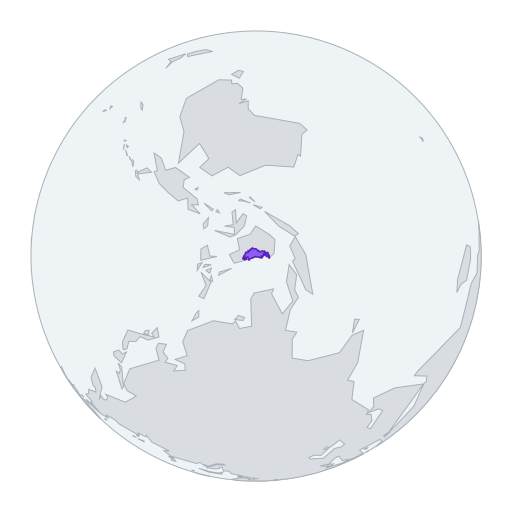 globe centered on Sarawak, rotated 205°
{"feature_id": "MYS-1187", "entity_name": "Sarawak", "entity_type": "State", "adm_level": 1, "iso_a3": "MYS", "parent_name": "Malaysia", "parent_adm1": "", "projection": "orthographic", "projection_center": [112.841, 2.907], "detail": "fine", "context": "on_globe", "style": "filled", "palette": "violet", "viewbox_px": 512, "rotation_deg": 205, "n_neighbors": 0, "source": "natural_earth", "source_scale": "10m", "svg_char_len": 11744}
<svg xmlns="http://www.w3.org/2000/svg" viewBox="0 0 512 512"><g transform="rotate(205 256 256)"><circle cx="256" cy="256" r="225" fill="#eef3f6" stroke="#a8b0b8"/><path d="M455.5,322.5L455.2,324.1L455.0,324.4L455.5,322.5ZM366.5,59.7L382.0,69.6L386.0,73.9L376.8,66.2L372.3,63.3L372.7,64.3L368.2,61.7L365.8,61.0L360.3,58.0L355.4,54.5L351.8,52.7L352.3,53.7L347.1,51.9L346.9,50.6L337.9,47.6L328.0,42.8L329.5,43.1L348.4,50.5L366.5,59.7ZM466.3,175.2L466.9,176.8L466.4,175.6L466.3,175.2ZM466.0,174.6L466.2,175.0L466.0,174.6ZM465.8,174.4L465.9,174.5L465.8,174.4ZM464.9,172.6L464.6,172.0L464.4,171.3L464.9,172.6ZM376.7,65.8L378.6,67.0L377.1,66.1L376.4,65.6L376.7,65.8ZM366.4,61.4L368.1,62.5L366.1,61.8L366.4,61.4ZM356.0,56.7L352.3,55.4L355.2,56.0L356.0,56.7ZM349.6,54.3L340.9,52.0L343.8,54.0L330.5,47.6L342.4,51.3L345.5,51.5L346.3,52.6L349.6,54.3ZM324.6,44.8L321.7,44.0L323.8,44.2L324.6,44.8ZM65.7,135.5L66.8,133.8L63.7,141.6L66.3,142.1L80.1,123.8L75.9,122.4L82.4,113.5L91.5,107.0L96.3,109.6L99.0,106.3L102.0,98.2L109.2,92.9L103.8,95.1L101.4,98.5L97.9,100.3L99.8,97.3L102.3,95.4L102.6,93.7L90.7,104.5L87.0,109.1L84.1,110.6L77.7,118.7L74.7,122.4L81.0,114.2L94.5,99.0L109.2,85.1L125.2,72.6L127.4,71.1L134.7,66.3L133.4,67.4L140.6,62.8L144.1,61.7L145.9,59.6L154.4,55.1L161.3,52.1L164.4,50.5L153.2,55.5L150.3,57.1L173.5,46.4L178.4,44.6L183.7,43.4L174.0,49.6L167.7,51.7L168.1,50.3L159.7,55.3L164.3,53.0L163.2,54.3L171.1,51.2L170.8,52.0L179.0,48.0L179.4,48.7L174.2,51.2L186.3,48.3L189.5,49.5L192.4,48.6L194.6,47.2L197.3,50.3L199.3,49.5L199.2,48.1L203.2,45.8L211.3,43.2L211.7,44.4L208.9,45.5L203.6,50.1L196.0,53.4L197.0,53.7L203.8,51.2L210.2,45.5L214.9,43.7L212.7,46.0L213.9,45.0L216.4,44.5L219.3,45.4L222.1,42.8L248.9,38.6L257.2,40.6L252.3,42.6L271.6,43.3L279.5,47.1L279.3,45.6L288.5,45.9L286.2,44.6L286.8,44.0L309.3,46.0L314.9,48.0L324.4,48.7L324.4,48.1L320.8,46.5L330.5,47.6L343.8,54.0L343.2,54.8L351.9,58.9L349.4,60.6L351.3,64.5L343.5,65.0L345.7,68.6L348.9,69.9L354.3,76.3L354.4,86.3L340.3,72.4L337.4,59.6L337.4,63.9L333.2,61.5L330.7,62.3L331.0,65.9L333.6,67.2L312.8,68.2L305.3,78.4L316.0,79.5L321.9,84.3L322.7,100.4L299.9,120.6L307.6,130.0L307.6,135.7L299.9,138.1L299.6,129.8L292.5,125.9L293.5,121.3L281.0,123.5L282.0,117.1L271.8,122.6L274.9,128.2L285.6,128.1L276.3,136.6L286.2,147.4L286.5,159.5L267.1,179.4L248.5,184.5L247.2,188.5L240.2,183.3L230.3,190.6L242.6,214.9L242.0,221.7L226.2,233.6L226.0,228.4L207.7,214.7L203.6,230.8L217.5,245.5L222.3,262.2L211.3,256.3L206.6,241.7L200.1,236.4L202.3,222.2L197.8,201.0L186.8,204.2L188.0,196.0L180.1,178.7L164.6,183.1L139.5,203.6L135.4,225.0L127.1,234.1L118.8,202.5L120.5,182.2L114.1,183.7L108.5,166.5L88.9,164.1L89.1,159.0L84.8,161.1L81.3,155.7L82.9,147.5L79.3,147.8L75.9,169.5L80.1,169.4L87.8,161.6L85.7,169.4L89.5,176.9L74.4,195.2L50.3,210.7L53.1,194.8L61.4,152.2L64.0,147.8L64.3,147.3L64.7,146.4L60.2,153.5L63.3,145.7L53.4,174.3L49.4,186.9L49.9,211.6L48.6,214.0L50.3,219.4L61.9,214.4L60.9,219.8L52.2,244.2L40.6,277.6L45.1,301.4L49.3,321.7L48.6,334.4L55.4,350.2L56.0,355.4L60.4,364.3L64.7,373.6L69.4,382.1L60.7,368.3L53.1,353.9L46.5,338.9L41.1,323.6L36.8,307.8L33.6,291.8L31.6,275.6L30.7,259.4L31.1,243.0L32.6,226.8L35.3,210.7L39.2,194.9L44.2,179.4L50.3,164.2L57.4,149.6L65.7,135.5ZM147.2,58.7L143.9,60.6L140.6,62.5L147.2,58.7ZM96.0,122.8L102.3,124.7L108.6,113.1L111.5,113.1L112.6,109.4L109.0,112.3L112.9,102.7L118.9,100.2L122.9,95.8L120.9,95.0L109.3,101.3L103.6,114.6L98.3,118.9L96.0,122.8ZM204.8,36.7L207.4,36.1L208.6,35.8L216.5,34.2L217.3,34.2L212.9,35.1L204.8,36.7ZM76.8,126.7L73.4,130.0L74.2,128.1L75.2,127.3L76.8,126.7ZM73.1,124.8L71.8,127.5L72.1,126.2L73.1,124.8ZM207.0,36.4L210.2,35.6L208.6,36.1L207.0,36.4ZM218.3,34.2L217.2,34.5L218.3,34.0L218.3,34.2ZM152.7,430.3L157.5,433.1L154.8,433.1L152.7,430.3ZM63.4,320.2L69.8,355.1L65.6,354.8L60.3,344.2L54.9,322.9L58.2,317.3L58.6,307.9L63.4,320.2ZM279.7,304.6L286.6,306.1L286.4,307.1L279.7,304.6ZM272.5,300.4L280.4,301.3L271.1,302.6L272.5,300.4ZM283.5,301.7L291.5,300.3L295.0,298.8L294.4,301.0L283.5,301.7ZM267.1,300.0L238.2,297.7L226.9,294.1L229.5,290.4L247.9,292.7L267.1,300.0ZM228.6,290.2L211.4,278.2L188.4,245.4L196.6,246.4L220.8,266.9L219.2,270.1L229.6,279.3L228.6,290.2ZM270.6,273.2L269.0,283.1L253.0,281.1L245.7,278.9L240.7,265.8L243.5,259.5L249.4,260.1L272.7,240.2L280.8,246.1L273.5,254.7L280.2,263.8L270.6,273.2ZM136.1,227.1L140.0,240.3L135.6,242.2L136.1,227.1ZM282.4,225.9L272.8,234.5L281.7,222.8L282.4,225.9ZM287.8,214.7L288.2,219.5L284.5,214.6L287.8,214.7ZM246.7,194.8L240.4,195.4L240.4,192.1L248.4,189.5L246.7,194.8ZM286.6,170.1L286.1,179.3L284.7,182.3L282.1,176.5L286.6,170.1ZM218.3,39.4L206.5,41.2L198.5,43.4L194.8,45.8L194.9,43.7L207.2,40.2L218.3,39.4ZM245.1,38.3L248.2,37.0L250.3,37.6L249.8,38.0L245.1,38.3ZM244.6,37.5L242.0,36.0L246.0,35.3L247.2,36.6L244.6,37.5ZM224.1,34.9L220.5,35.3L221.9,34.7L224.1,34.9ZM402.2,407.9L403.5,410.0L397.0,416.0L388.6,421.8L381.8,423.1L402.2,407.9ZM345.4,417.9L346.3,410.1L354.8,410.3L350.3,416.9L345.4,417.9ZM408.0,403.4L413.8,396.9L417.1,388.0L415.1,396.3L418.4,397.3L405.1,409.6L408.0,403.4ZM316.9,382.8L272.7,394.6L263.1,391.9L265.8,385.6L257.8,365.3L260.9,365.9L259.3,352.6L285.6,342.4L304.5,322.1L318.8,324.7L329.8,310.0L344.4,312.5L339.8,324.4L354.7,334.1L365.6,307.4L373.7,338.1L383.9,350.1L385.7,369.6L364.1,400.0L352.5,405.1L350.7,401.8L345.8,404.7L338.8,402.5L335.6,391.6L330.8,394.4L335.8,386.9L328.6,393.3L325.3,386.2L316.9,382.8ZM420.8,340.1L422.7,341.2L425.4,347.0L422.4,345.6L420.8,340.1ZM450.6,327.8L451.1,330.6L449.3,330.8L450.6,327.8ZM455.0,324.4L452.8,324.9L455.5,322.5L455.0,324.4ZM432.1,324.0L433.0,326.1L432.1,326.6L432.1,324.0ZM431.4,323.2L432.7,320.4L432.4,323.4L431.4,323.2ZM422.6,305.6L423.9,304.3L424.4,305.5L422.6,305.6ZM296.9,307.0L306.5,300.0L311.8,299.8L296.9,307.0ZM421.0,302.1L417.9,301.4L418.3,299.8L421.0,302.1ZM421.3,298.4L421.0,296.2L422.8,301.7L421.3,298.4ZM415.4,292.6L419.1,297.1L415.0,293.0L415.4,292.6ZM413.2,292.8L410.4,290.7L410.6,290.1L413.2,292.8ZM381.5,291.7L391.9,306.2L383.4,304.8L374.0,295.5L366.4,302.2L349.4,299.2L353.3,294.9L351.1,287.4L333.4,282.8L329.8,277.9L336.1,275.4L324.4,270.6L337.3,269.7L342.5,279.7L349.7,273.1L362.2,276.3L374.3,280.8L383.9,289.2L381.5,291.7ZM337.3,290.7L339.5,290.9L337.5,293.6L337.3,290.7ZM405.2,284.7L409.2,289.9L408.7,291.0L406.7,290.0L405.2,284.7ZM386.1,287.8L396.5,281.2L398.9,281.7L392.0,289.8L386.1,287.8ZM394.0,275.8L398.8,277.5L401.3,282.3L400.3,283.4L394.0,275.8ZM311.0,279.3L310.5,281.9L307.2,279.6L311.0,279.3ZM315.4,278.2L325.4,282.0L314.4,280.3L315.4,278.2ZM284.8,266.4L287.7,272.8L297.1,269.7L289.9,274.8L296.3,285.6L294.1,289.3L287.8,277.6L285.6,288.9L281.5,288.4L279.2,278.3L283.4,266.7L287.5,262.2L304.4,261.6L284.8,266.4ZM315.3,270.6L312.6,263.1L314.6,258.5L317.5,262.5L315.3,270.6ZM304.7,245.2L297.7,236.5L291.3,239.0L304.3,228.8L308.9,238.9L304.7,245.2ZM298.8,226.9L292.8,229.1L299.1,223.2L298.8,226.9ZM291.3,226.3L290.6,220.7L295.4,221.8L291.3,226.3ZM302.0,227.4L303.2,218.1L305.5,223.8L302.0,227.4ZM288.8,208.2L298.9,218.1L285.6,213.1L285.3,195.3L290.9,195.4L288.8,208.2ZM321.4,143.5L320.1,138.9L325.2,138.5L324.7,141.7L321.4,143.5ZM340.8,134.8L326.2,137.0L314.2,139.6L317.9,142.0L315.2,149.3L309.7,141.6L318.1,134.3L327.2,133.8L328.6,128.0L335.2,124.8L333.8,117.4L336.7,114.8L340.8,121.6L340.8,134.8ZM332.8,114.3L332.8,102.4L342.5,105.5L344.6,108.8L340.6,112.8L335.7,110.8L332.8,114.3ZM335.6,100.6L330.9,98.8L320.9,81.6L321.3,78.9L333.9,92.6L330.2,91.8L330.9,95.8L335.6,100.6ZM322.6,44.7L321.8,44.0L324.2,44.9L322.6,44.7ZM285.3,43.3L286.6,42.7L289.3,43.4L285.3,43.3ZM291.6,41.4L287.6,40.9L291.6,40.9L291.6,41.4ZM278.8,40.3L286.0,40.5L279.4,41.1L278.8,40.3Z" fill="#d9dde1" stroke="#a8b0b8" stroke-width="1"/><path d="M265.8,250.5L265.9,250.4L265.6,250.0L265.5,249.8L265.5,249.7L265.5,249.3L265.5,249.2L265.3,248.4L265.2,248.3L265.0,248.2L265.3,247.9L265.4,248.0L265.6,248.0L265.8,248.2L266.1,247.9L266.5,247.9L266.8,247.9L266.9,248.0L267.0,248.4L267.0,248.7L266.8,248.8L266.8,249.1L266.6,249.4L266.7,249.7L266.8,249.9L266.8,250.2L267.0,250.2L267.0,250.3L267.1,250.5L266.9,250.8L266.9,251.0L267.0,251.1L266.9,251.5L266.7,251.9L266.6,252.0L266.8,252.2L266.8,252.4L266.6,252.8L266.6,253.1L266.7,253.5L266.8,253.8L266.8,254.0L266.7,253.9L266.6,254.0L266.4,254.8L266.5,255.0L266.4,255.2L266.3,255.5L266.1,255.5L265.8,255.7L265.7,255.7L265.4,255.5L265.0,256.0L264.9,256.2L264.7,256.3L264.8,256.4L264.9,256.5L264.7,256.7L264.7,256.8L264.8,256.9L264.7,257.2L264.8,257.2L265.1,257.2L265.2,257.4L265.3,257.6L265.2,257.6L264.9,257.7L264.7,257.9L264.6,258.0L264.4,258.2L264.2,258.1L264.1,258.3L264.0,258.5L263.7,258.5L263.5,259.0L263.6,259.3L263.8,259.4L263.9,259.5L263.8,259.9L263.8,260.0L263.6,260.1L263.3,260.1L263.2,260.2L263.2,260.3L263.2,260.5L263.2,260.8L263.1,261.0L262.8,261.3L262.8,261.6L262.7,261.8L262.2,261.6L261.4,261.8L261.2,261.8L261.1,261.7L260.9,261.7L260.2,261.8L259.8,262.2L259.2,262.6L258.8,262.3L258.7,262.3L258.4,262.3L258.2,262.3L257.9,262.1L257.7,262.0L257.3,262.0L257.1,261.9L256.8,261.8L256.5,261.9L256.7,261.6L256.7,261.4L256.3,261.3L256.1,261.2L255.9,261.3L255.7,261.3L254.5,261.3L254.4,261.3L253.9,261.5L253.4,261.7L253.3,261.8L253.4,262.0L253.3,262.3L253.1,262.9L252.9,263.0L252.6,263.0L252.3,263.0L252.0,263.5L251.8,263.5L251.3,263.4L251.2,263.4L250.9,263.5L250.7,263.7L250.7,263.4L250.3,263.5L250.2,263.5L249.6,263.2L248.7,263.4L248.3,263.4L248.2,263.5L247.9,263.7L247.9,263.8L247.7,263.9L247.4,264.0L247.3,263.9L247.2,263.9L247.2,264.0L246.8,264.0L246.6,264.0L246.5,263.8L246.3,263.6L246.0,263.5L245.9,263.5L245.8,263.3L245.5,262.8L245.4,262.8L245.1,262.7L244.9,262.4L244.7,262.3L244.6,262.0L244.5,261.9L244.2,261.9L244.1,261.6L243.9,261.6L243.6,261.2L243.4,260.8L243.5,260.5L243.4,260.4L243.1,260.4L243.0,260.2L243.0,259.9L243.2,259.7L243.3,259.6L243.4,259.4L243.5,259.2L243.5,259.6L243.5,259.8L243.6,260.0L243.8,260.2L244.0,260.3L244.4,260.5L244.6,260.8L244.8,260.8L245.0,260.7L245.5,260.7L245.7,260.8L245.8,260.7L246.0,260.8L246.0,260.7L246.1,260.4L246.2,260.5L246.3,260.5L246.5,260.8L246.5,260.7L246.8,260.6L246.8,260.8L246.7,261.0L246.8,261.0L247.0,261.2L247.7,261.3L247.7,261.5L247.8,261.6L247.9,261.3L248.0,261.2L248.1,261.3L248.5,261.4L248.6,261.5L248.9,261.8L249.3,262.0L249.5,262.0L249.7,261.9L249.8,262.0L250.0,262.1L250.3,262.1L250.0,262.0L250.0,261.9L249.8,261.8L249.7,261.8L249.4,261.9L249.2,261.7L248.9,261.4L248.8,261.2L248.9,260.9L249.2,260.8L249.3,260.8L249.4,261.0L249.5,261.0L249.8,261.0L249.7,261.0L249.6,260.9L249.4,260.9L249.3,260.7L249.2,260.6L249.1,260.4L249.3,260.4L249.2,260.3L249.2,260.2L249.5,259.7L249.6,259.4L249.8,259.3L249.7,259.2L249.8,259.1L250.1,259.1L250.3,258.9L250.2,258.9L250.1,259.0L249.9,259.0L249.5,259.0L249.5,258.9L249.6,258.7L249.6,258.0L249.6,257.9L249.8,257.9L250.0,258.0L250.4,258.1L250.5,258.1L250.4,257.9L250.4,257.7L250.7,257.7L250.8,257.6L250.6,257.6L250.4,257.4L250.5,256.9L250.9,256.6L251.4,256.2L252.2,256.1L252.8,256.1L255.0,255.5L255.6,255.4L255.8,255.3L256.5,255.1L256.9,254.8L256.9,254.6L257.3,254.2L257.7,253.7L257.8,253.6L257.8,253.4L258.2,253.1L258.3,252.9L258.3,252.7L258.6,252.5L259.5,251.7L260.3,250.6L260.4,250.4L260.5,250.1L260.5,249.8L260.4,249.4L260.5,249.3L260.8,249.5L261.0,249.5L261.4,249.7L261.4,249.8L261.5,249.8L261.6,250.0L261.7,250.3L261.7,250.5L262.0,250.7L262.3,251.0L262.8,251.4L262.8,251.6L263.0,251.6L263.6,251.2L263.6,250.9L263.7,250.7L263.8,250.4L263.9,250.1L263.7,250.0L263.6,249.9L263.6,249.2L263.4,248.9L263.7,248.7L263.9,248.5L264.0,248.5L264.3,248.5L264.3,248.3L264.5,248.1L264.6,248.5L264.5,248.8L264.6,249.1L264.6,249.3L264.8,249.7L264.8,250.1L265.1,250.3L265.3,250.3L265.5,250.4L265.7,250.5L265.8,250.5ZM250.4,258.0L250.2,258.1L250.1,257.9L250.0,257.5L249.9,256.8L250.0,256.6L250.3,256.8L250.3,257.5L250.3,257.8L250.4,258.0Z" fill="#8b5cf6" stroke="#5b21b6" stroke-width="1.5"/></g></svg>